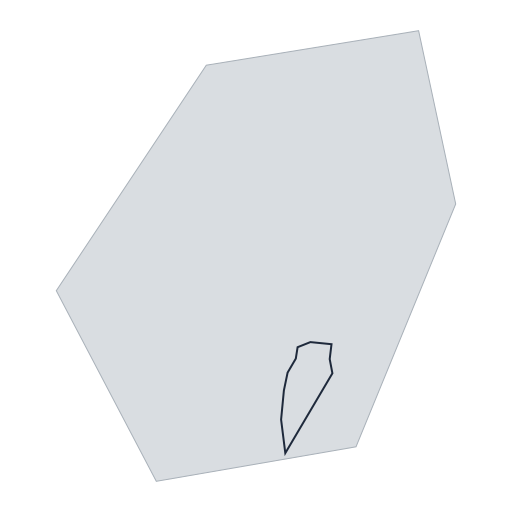 where Montegiardino sits in San Marino
{"feature_id": "SMR-4889", "entity_name": "Montegiardino", "entity_type": "state/province", "adm_level": 1, "iso_a3": "SMR", "parent_name": "San Marino", "parent_adm1": "", "projection": "mercator", "projection_center": [12.471, 43.912], "detail": "fine", "context": "in_parent", "style": "outline", "palette": "slate", "viewbox_px": 512, "rotation_deg": 0, "n_neighbors": 0, "source": "natural_earth", "source_scale": "10m", "svg_char_len": 402}
<svg xmlns="http://www.w3.org/2000/svg" viewBox="0 0 512 512"><path d="M356.0,446.8L156.3,481.3L56.3,290.7L206.3,65.2L418.6,30.7L455.7,204.0L356.0,446.8Z" fill="#d9dde1" stroke="#a8b0b8" stroke-width="1"/><path d="M331.5,344.2L329.7,359.1L332.4,373.3L285.3,453.1L281.1,419.6L283.9,390.4L287.6,372.6L295.8,358.6L297.6,347.2L310.4,342.1L331.5,344.2Z" fill="none" stroke="#1e293b" stroke-width="2"/></svg>